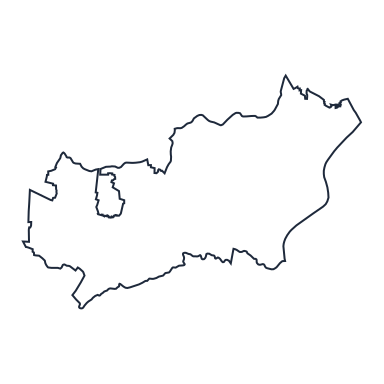 the district of Luong Tai, Bắc Ninh, Vietnam
{"feature_id": "81297802B42689754920120", "entity_name": "Luong Tai", "entity_type": "district", "adm_level": 2, "iso_a3": "VNM", "parent_name": "Vietnam", "parent_adm1": "Bắc Ninh", "projection": "albers", "projection_center": [106.213, 21.025], "detail": "fine", "context": "isolated", "style": "outline", "palette": "slate", "viewbox_px": 384, "rotation_deg": 0, "n_neighbors": 0, "source": "geoboundaries", "source_scale": "gbopen_adm2", "svg_char_len": 5959}
<svg xmlns="http://www.w3.org/2000/svg" viewBox="0 0 384 384"><path d="M285.1,261.0L284.6,258.7L283.4,246.2L283.7,243.7L284.3,241.4L285.3,238.7L287.3,235.1L289.8,231.6L291.5,229.8L296.4,225.4L313.1,213.5L323.1,206.6L325.7,204.2L327.3,201.4L328.5,197.6L328.2,192.7L327.4,187.4L325.9,181.9L324.2,177.2L323.8,174.0L323.8,170.8L324.4,167.6L325.4,164.2L326.3,162.3L328.0,159.7L334.2,151.2L337.3,147.5L346.6,137.6L352.7,132.0L361.0,122.3L360.1,120.5L355.7,112.7L353.8,110.1L347.8,98.8L344.2,99.6L342.0,100.4L340.5,101.4L340.8,102.5L339.6,103.1L340.8,104.8L340.4,105.1L340.3,106.3L339.4,106.3L339.4,105.4L338.0,105.3L338.0,104.6L337.2,104.7L337.2,106.0L338.0,106.0L337.7,107.2L336.9,107.7L335.6,108.0L335.5,104.6L333.2,105.1L332.3,105.0L330.9,104.6L331.5,106.1L331.3,106.4L330.9,106.9L330.4,106.9L329.8,107.6L329.4,107.6L326.0,105.8L324.6,104.8L324.9,104.0L324.1,103.2L324.1,102.7L324.6,101.9L323.9,101.3L323.9,99.9L319.0,96.2L310.2,91.7L309.5,91.2L307.7,88.9L307.3,89.2L307.4,90.1L306.7,90.7L306.6,91.6L306.6,93.6L307.2,94.9L307.2,96.6L307.0,98.9L305.2,98.8L304.9,95.7L300.9,93.6L301.1,90.2L299.6,90.4L299.8,88.5L298.5,88.5L297.9,88.2L297.5,86.7L295.5,88.0L293.6,88.9L285.7,75.6L284.2,78.2L280.9,90.6L280.7,91.8L281.1,93.9L281.2,95.1L278.8,99.0L278.2,100.9L277.9,104.0L274.7,109.9L273.9,111.0L271.6,113.6L268.0,115.9L266.0,116.9L263.8,117.3L260.6,117.6L257.4,117.6L256.2,116.5L255.0,115.9L251.3,116.0L246.7,116.4L243.1,116.5L241.9,116.0L240.1,113.3L238.7,112.9L236.6,112.8L235.5,113.1L232.7,114.9L227.4,119.7L222.8,124.5L221.1,125.2L220.4,125.2L214.2,122.4L210.7,121.6L209.2,121.0L207.8,120.0L202.8,115.3L201.4,114.9L199.4,115.0L197.3,115.9L193.9,118.4L192.6,120.8L191.7,121.9L190.7,122.6L187.4,123.5L185.8,124.7L184.2,126.2L181.7,127.9L180.3,128.2L177.3,128.1L174.7,128.8L174.8,130.4L174.5,132.8L173.3,134.9L169.6,138.5L172.3,141.1L172.6,142.6L172.6,143.5L172.3,144.6L171.2,147.5L170.7,151.3L170.8,154.4L171.1,156.8L170.9,160.6L170.6,161.6L168.6,164.3L167.0,167.2L164.6,173.3L162.1,170.8L161.7,171.0L160.9,170.8L160.7,170.7L160.4,169.8L158.8,169.3L158.1,170.2L158.1,171.6L156.5,173.2L154.5,173.0L154.6,168.1L150.9,167.3L150.9,165.1L148.3,165.2L147.2,159.4L142.2,161.6L140.0,162.2L135.8,162.7L132.6,162.9L126.7,162.6L125.3,162.8L123.8,163.9L121.0,167.0L119.2,167.8L117.8,167.8L115.1,166.5L111.9,166.3L110.3,166.6L106.0,166.8L100.5,169.0L100.2,174.7L108.1,174.7L108.1,173.3L109.9,173.2L112.2,173.4L112.1,174.5L114.5,174.9L114.4,176.0L115.1,176.9L115.2,178.9L114.2,179.1L113.2,180.2L111.9,180.4L111.4,182.1L114.0,183.3L112.7,187.3L119.0,191.1L119.7,198.8L124.2,200.2L124.2,203.3L123.1,203.7L120.9,213.3L120.6,213.9L119.0,215.7L116.9,215.7L116.8,215.3L116.2,215.4L116.2,215.1L115.3,215.0L114.9,215.6L114.0,215.7L113.8,216.5L113.3,216.5L113.0,217.3L111.8,217.4L111.7,216.7L111.4,216.5L111.2,216.7L110.8,217.6L110.4,217.6L108.9,217.4L108.9,216.6L108.0,216.5L108.0,215.7L107.6,215.4L107.1,215.8L106.8,215.6L106.3,216.2L104.9,215.7L104.4,216.4L102.6,215.4L102.7,214.7L102.0,214.6L101.9,215.3L98.0,214.2L97.8,213.8L98.4,213.4L97.9,211.3L96.3,207.0L97.2,205.0L98.6,200.3L95.9,199.3L97.0,195.4L97.4,192.8L95.7,192.4L98.3,169.1L95.6,169.6L91.5,171.3L89.3,171.0L84.8,169.2L83.3,168.4L81.6,166.7L80.1,163.8L75.6,163.5L74.0,163.0L73.1,162.4L70.6,158.2L69.5,157.5L67.4,157.5L66.7,157.2L66.4,156.4L64.8,153.8L64.2,153.1L63.4,152.5L62.7,152.8L60.9,155.3L60.4,157.7L60.1,158.4L56.9,163.1L55.3,167.1L56.0,167.5L55.1,169.2L51.2,170.8L48.2,171.4L48.3,174.8L47.0,174.9L46.8,176.7L45.5,181.8L53.1,183.7L53.0,185.2L56.0,185.5L56.1,189.1L56.6,190.7L56.4,191.9L56.7,193.5L55.1,197.7L53.1,197.9L52.3,200.4L50.7,200.0L29.9,189.9L29.3,201.8L28.7,211.4L28.4,222.1L31.2,222.0L31.1,225.3L30.8,226.4L30.2,227.5L29.2,227.4L28.9,228.9L28.8,230.1L29.0,241.8L23.0,241.5L25.9,247.0L26.9,247.1L28.8,247.7L32.7,249.2L32.6,251.7L33.9,252.5L34.1,255.1L35.7,255.4L39.1,255.7L42.4,258.3L44.8,260.6L45.3,263.0L45.9,264.4L46.6,265.6L47.9,267.3L48.5,267.5L51.7,267.9L57.9,267.9L60.3,268.6L61.6,267.5L62.8,265.0L63.5,264.6L64.6,264.5L66.7,265.7L69.0,265.9L70.0,266.3L75.5,270.5L77.8,267.5L79.8,268.8L82.8,271.5L83.3,272.2L84.5,275.6L80.8,282.4L75.7,290.8L72.4,295.1L76.1,299.5L79.6,303.0L79.9,303.6L79.9,304.5L79.1,306.5L79.1,307.2L79.3,307.6L79.9,308.1L80.6,308.3L81.5,308.4L82.4,308.2L83.2,307.6L84.5,305.6L86.7,303.0L88.4,301.5L91.5,299.5L93.0,297.7L95.3,295.9L97.7,294.9L99.2,295.6L100.1,295.3L101.1,294.0L102.8,292.9L104.3,291.5L107.1,290.5L108.3,289.2L109.3,288.6L110.5,288.4L114.6,288.9L116.1,288.7L117.4,287.4L119.0,286.4L119.1,286.0L119.2,284.3L119.5,283.8L120.3,284.0L123.4,286.5L125.4,287.7L127.3,288.0L129.9,287.4L139.0,284.4L142.5,282.7L145.1,281.1L145.8,280.9L147.2,280.9L149.2,278.7L149.6,278.6L152.3,278.9L153.6,278.8L156.4,278.0L158.9,276.6L162.7,275.7L163.2,275.5L165.1,273.3L165.7,273.0L168.8,272.5L169.2,272.3L170.1,271.2L172.2,268.0L173.0,267.4L175.7,267.6L179.0,265.7L183.0,265.4L184.1,265.1L184.5,264.7L184.7,264.2L183.5,262.3L183.2,261.4L184.0,259.1L184.1,257.7L183.8,256.5L183.1,254.9L183.0,254.3L183.0,253.8L183.3,253.2L184.3,252.8L185.8,252.8L188.4,253.9L190.5,254.3L192.6,256.0L193.3,256.3L197.4,256.4L198.5,256.1L199.9,255.2L200.3,255.2L200.8,255.8L201.7,258.7L202.0,259.0L202.8,259.3L204.1,259.1L205.2,258.0L205.8,256.7L206.4,254.1L207.3,253.6L209.2,253.7L211.7,255.2L213.8,255.5L214.3,255.8L214.8,256.8L215.1,258.2L215.4,258.5L215.8,258.6L216.3,258.4L217.8,257.5L218.6,257.7L220.1,258.9L221.6,261.1L222.6,262.1L223.5,262.1L224.1,261.8L224.8,260.6L225.7,259.9L227.0,259.8L228.9,260.7L230.8,263.4L233.5,248.8L235.1,249.2L236.7,249.9L239.6,251.9L240.9,252.0L242.1,251.8L243.4,251.1L244.1,250.9L245.7,251.2L246.6,251.6L247.0,252.2L247.4,253.3L250.6,255.5L254.0,258.8L255.7,258.9L256.4,259.4L256.6,259.9L256.7,262.2L256.9,262.9L258.1,264.3L258.8,264.6L260.0,264.8L262.8,264.1L263.7,264.3L264.4,265.0L265.1,266.6L266.0,267.7L267.1,268.2L271.5,269.3L273.5,269.2L275.6,268.0L276.8,267.0L279.9,263.2L282.1,261.3L282.8,261.1L285.1,261.0Z" fill="none" stroke="#1e293b" stroke-width="2"/></svg>